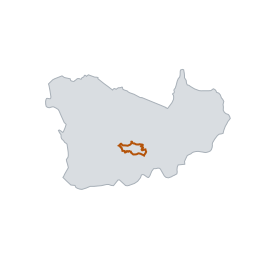 where Passoré sits in Burkina Faso, rotated 203°
{"feature_id": "BFA-2817", "entity_name": "Passoré", "entity_type": "Province", "adm_level": 1, "iso_a3": "BFA", "parent_name": "Burkina Faso", "parent_adm1": "", "projection": "natural_earth1", "projection_center": [-2.128, 12.879], "detail": "fine", "context": "in_parent", "style": "outline", "palette": "amber", "viewbox_px": 256, "rotation_deg": 203, "n_neighbors": 0, "source": "natural_earth", "source_scale": "10m", "svg_char_len": 4370}
<svg xmlns="http://www.w3.org/2000/svg" viewBox="0 0 256 256"><g transform="rotate(203 128 128)"><path d="M184.5,161.5L178.6,161.8L176.4,162.6L175.2,162.6L175.1,161.9L175.0,161.6L167.5,159.5L162.3,158.3L157.0,156.9L156.7,158.2L156.0,159.0L154.8,159.1L154.1,158.9L153.5,159.9L152.7,161.2L151.4,161.8L150.2,162.6L149.6,163.3L149.1,163.3L147.9,161.7L146.3,161.5L143.3,161.8L141.9,161.3L140.1,161.1L135.7,161.4L128.8,160.8L127.6,161.1L127.3,161.4L120.5,161.5L112.9,161.6L106.5,161.7L101.0,161.7L101.0,161.4L99.2,161.4L99.0,162.0L97.4,168.6L97.3,172.2L98.1,174.5L99.0,175.9L100.1,176.5L100.2,177.3L99.3,178.3L99.4,179.4L100.4,180.5L100.6,181.7L100.1,182.9L100.3,185.8L101.0,190.4L101.0,193.4L100.3,194.8L100.7,197.1L102.0,200.4L102.3,201.8L101.8,202.4L100.6,203.3L99.5,203.3L98.2,201.3L97.6,200.4L96.5,198.4L95.6,196.3L94.3,195.4L93.1,194.6L91.6,192.0L90.2,190.8L88.7,191.1L86.5,190.6L82.0,190.0L77.2,190.2L75.2,190.8L73.3,191.7L68.3,193.8L66.3,194.8L64.8,197.4L63.1,197.4L61.4,196.5L60.4,195.4L58.1,195.6L55.9,194.5L53.8,192.2L52.2,191.5L50.2,189.9L49.7,186.8L48.4,184.6L47.3,181.6L45.6,180.2L43.6,179.5L40.8,179.6L39.0,178.4L37.6,176.7L38.0,175.1L38.6,172.9L38.7,170.8L39.1,167.5L38.9,163.2L38.4,160.2L39.9,159.0L41.7,157.9L42.8,155.9L43.9,151.4L44.4,147.5L44.1,146.0L43.5,144.9L43.0,143.2L42.8,141.1L43.1,139.3L44.4,137.7L46.1,136.3L47.3,135.6L50.4,134.9L54.3,133.9L56.6,132.7L58.2,131.5L59.1,130.6L60.1,128.7L61.6,127.2L62.7,125.7L62.9,121.6L62.9,119.2L62.1,117.9L61.6,116.8L67.4,113.6L67.4,111.3L66.6,108.7L65.5,106.7L65.1,104.9L66.7,102.8L68.1,101.3L69.1,99.9L71.4,97.9L73.8,97.4L75.9,98.1L82.2,102.9L83.3,103.2L84.7,102.8L86.3,101.6L88.5,100.6L89.3,97.4L89.2,92.7L89.7,90.5L90.9,90.2L94.5,91.0L95.4,91.1L96.5,90.8L97.3,90.0L97.2,88.5L97.1,87.1L98.3,82.7L100.4,79.5L104.8,75.4L106.2,74.5L107.8,74.1L115.6,76.9L116.9,76.2L118.8,69.3L120.9,68.6L123.5,68.5L125.1,67.9L126.0,67.4L129.7,64.7L136.3,61.1L139.8,59.6L140.5,59.0L143.0,56.4L146.4,53.5L148.5,52.9L151.4,52.7L153.3,53.2L153.8,54.0L154.4,54.4L158.3,53.2L163.8,55.2L168.6,57.1L168.3,58.4L168.3,60.6L167.9,64.0L167.4,68.2L169.4,70.9L171.8,73.8L172.4,74.9L171.8,77.7L172.2,79.4L173.5,82.2L175.6,85.7L177.8,89.3L179.3,89.8L180.8,90.1L181.7,90.8L182.9,91.4L184.2,91.8L185.3,92.6L186.0,93.4L187.0,95.6L189.4,97.1L191.1,98.6L190.5,99.3L188.3,99.0L186.3,98.4L186.0,99.4L186.0,103.5L186.3,107.0L186.8,107.4L188.8,108.1L193.6,112.5L198.0,116.7L199.5,117.8L201.9,118.2L204.6,118.4L205.8,118.0L208.4,115.9L209.8,115.6L211.1,115.7L211.8,116.0L213.1,117.8L214.3,120.4L214.6,122.3L214.5,123.3L214.1,123.7L212.0,124.2L211.0,124.6L210.8,125.2L211.1,126.5L211.6,127.3L213.9,131.1L217.3,136.2L218.4,137.5L217.8,139.0L216.1,143.0L214.8,144.6L209.1,150.2L206.3,149.6L200.4,150.7L199.5,149.4L198.2,149.2L196.5,149.5L195.8,149.9L195.7,150.5L195.1,151.3L194.0,153.5L193.1,154.1L192.1,154.4L190.8,154.4L190.1,154.7L190.1,155.8L189.8,156.7L189.0,157.2L188.6,158.3L188.7,159.3L188.2,159.8L187.1,159.6L186.4,159.3L185.8,160.6L185.0,161.6L184.5,161.5Z" fill="#d9dde1" stroke="#a8b0b8" stroke-width="1"/><path d="M107.3,116.1L106.6,116.0L106.5,115.4L106.7,114.7L107.1,114.1L107.0,113.4L106.5,113.1L106.2,113.0L105.5,113.5L105.2,113.9L104.5,114.5L103.6,115.1L102.9,114.1L102.2,113.5L102.0,113.2L102.0,112.3L102.3,110.6L102.4,110.0L102.5,109.8L102.5,109.2L102.5,108.9L103.0,109.0L104.1,109.1L105.3,109.1L106.1,109.2L106.9,109.1L108.0,108.9L108.6,108.7L109.7,107.3L110.6,106.7L112.8,105.7L113.6,105.9L114.5,106.3L115.2,106.4L115.8,106.7L116.1,107.3L116.4,107.2L117.8,107.3L118.1,107.1L118.3,106.6L118.6,106.2L119.0,106.3L119.4,106.5L120.0,106.3L120.3,105.2L120.6,104.7L121.1,104.3L121.7,104.7L122.1,105.5L123.2,105.3L124.1,104.8L124.2,105.0L125.1,105.9L125.5,106.5L126.0,107.1L126.3,107.3L126.6,107.2L126.8,107.2L126.9,107.4L127.0,107.6L127.4,107.5L127.5,107.5L127.9,108.0L128.3,108.2L129.3,108.2L129.5,108.2L128.9,109.4L128.6,110.5L128.4,110.6L128.2,110.8L127.6,110.6L126.7,110.1L125.8,110.0L124.3,110.7L121.3,111.6L119.5,113.5L119.1,114.5L119.0,115.4L119.3,116.3L119.5,116.7L119.2,116.9L118.8,116.8L118.5,116.2L118.0,115.9L116.9,115.9L116.6,116.1L116.2,116.3L114.8,116.1L114.1,116.1L112.7,116.6L112.0,116.8L111.6,117.2L111.4,117.3L111.1,117.5L111.0,117.4L109.9,117.9L109.5,117.9L108.9,118.2L108.2,118.3L107.9,118.3L107.7,117.8L108.1,117.1L108.6,116.6L108.8,116.2L108.3,116.0L107.3,116.1Z" fill="none" stroke="#b45309" stroke-width="2"/></g></svg>